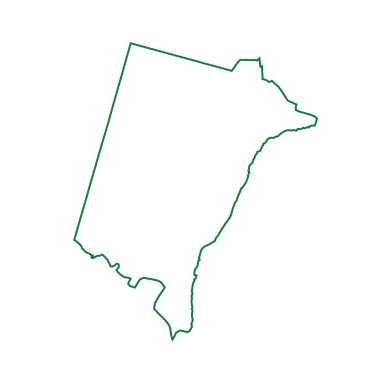 outline of Kombo East, West Coast, Gambia, rotated 106°
{"feature_id": "56634734B25207283407562", "entity_name": "Kombo East", "entity_type": "district", "adm_level": 2, "iso_a3": "GMB", "parent_name": "Gambia", "parent_adm1": "West Coast", "projection": "albers", "projection_center": [-16.509, 13.25], "detail": "fine", "context": "isolated", "style": "outline", "palette": "green", "viewbox_px": 384, "rotation_deg": 106, "n_neighbors": 0, "source": "geoboundaries", "source_scale": "gbopen_adm2", "svg_char_len": 3329}
<svg xmlns="http://www.w3.org/2000/svg" viewBox="0 0 384 384"><g transform="rotate(106 192 192)"><path d="M339.1,170.2L334.8,168.9L333.2,168.7L331.5,168.5L328.3,165.1L328.0,157.8L326.2,156.0L323.7,155.4L321.4,154.9L319.6,156.1L314.7,156.0L310.7,158.2L305.8,158.8L304.6,160.0L303.4,159.6L297.9,162.2L293.7,162.9L291.9,163.9L289.8,163.3L288.0,164.7L284.2,165.3L279.3,165.9L277.1,165.0L275.5,165.8L273.9,164.6L271.8,164.8L270.8,164.8L271.2,166.6L270.4,167.2L266.2,167.8L261.3,166.4L256.5,166.9L254.9,165.9L254.0,167.1L244.9,167.1L243.3,166.4L241.1,165.0L237.7,161.2L232.7,156.5L230.0,156.4L226.7,155.0L223.9,154.4L213.0,151.1L212.6,150.9L211.0,150.3L205.9,148.6L203.1,148.2L195.8,148.2L194.2,148.0L190.2,147.7L188.0,146.7L185.3,146.7L183.7,146.7L178.7,145.9L177.1,145.9L174.8,145.6L174.4,145.0L172.8,144.4L167.4,142.6L165.8,142.6L163.7,142.4L161.3,142.3L161.1,142.7L159.4,142.6L158.0,142.4L157.0,142.4L156.8,143.2L155.5,143.8L155.1,143.6L153.5,143.6L151.7,144.2L149.7,143.4L147.9,142.2L146.9,142.0L146.1,142.0L145.4,142.1L144.6,142.1L142.0,141.3L139.8,141.3L136.8,140.3L136.0,140.3L135.4,140.3L134.6,139.1L133.6,137.7L129.5,137.2L127.1,136.6L125.9,136.8L125.3,135.8L124.3,135.0L122.9,134.4L121.9,134.2L121.4,134.1L120.4,133.8L119.4,133.2L117.8,130.3L117.6,128.7L115.8,126.7L114.6,124.7L112.8,123.7L111.2,122.7L109.8,121.4L107.6,119.2L106.6,117.7L106.1,116.5L105.3,112.5L104.3,111.3L104.3,108.5L102.1,107.6L101.9,105.6L101.1,104.2L99.7,103.0L99.7,101.2L97.5,98.4L97.7,97.2L96.3,96.8L95.1,95.1L94.3,92.3L93.0,92.2L86.9,92.0L85.6,94.9L85.3,97.0L85.0,98.5L85.1,109.5L85.1,110.5L84.7,114.6L82.0,115.7L79.1,115.6L77.8,124.9L77.7,125.1L69.0,135.3L68.1,136.6L67.0,137.7L66.3,139.4L65.8,140.4L64.9,142.5L63.1,145.9L65.1,148.0L64.2,150.7L64.1,151.0L64.0,151.6L63.9,152.3L63.9,152.7L63.9,153.4L63.9,154.1L63.8,155.6L63.0,155.5L61.2,156.1L59.1,156.9L58.1,157.3L56.1,158.0L55.6,158.1L51.8,159.3L52.8,160.7L49.5,162.2L47.4,163.0L46.3,163.4L44.9,164.1L47.0,165.2L47.8,165.9L47.9,167.0L47.7,167.0L48.6,170.6L48.8,170.9L49.8,174.7L50.3,176.7L51.1,180.0L51.5,181.5L51.7,182.0L52.3,182.2L52.9,182.7L53.3,182.9L53.7,183.1L55.2,183.8L56.4,184.3L56.9,184.5L57.2,184.7L58.0,185.1L58.6,185.1L59.2,185.2L59.9,185.5L60.2,185.6L60.8,185.7L61.6,186.0L63.6,187.0L64.6,187.2L64.8,206.5L65.0,217.0L65.0,218.2L65.0,223.3L65.1,228.6L65.2,236.4L65.3,241.8L65.4,249.7L65.5,262.4L65.6,268.5L65.7,273.4L65.8,282.1L65.9,291.4L65.9,291.9L84.5,291.9L96.2,291.8L111.6,291.8L137.6,291.7L145.5,291.6L157.2,291.7L181.8,291.9L197.1,291.9L211.6,292.0L227.4,291.9L249.2,292.0L270.7,292.0L271.4,289.0L272.8,286.4L274.3,283.6L276.3,282.4L277.9,279.2L278.6,278.5L278.9,278.2L279.3,275.6L279.8,272.6L280.8,271.4L280.2,270.4L281.0,269.4L282.8,270.4L282.8,270.1L282.8,269.0L281.6,267.4L280.0,266.2L279.4,265.0L278.4,262.5L277.0,261.5L277.2,260.1L278.5,257.9L279.0,257.0L280.3,254.9L283.7,251.5L285.8,249.9L285.8,248.1L283.8,246.1L281.8,244.9L281.6,243.1L282.6,242.1L284.4,241.7L287.8,243.1L289.5,241.1L291.3,237.5L292.5,233.7L292.0,229.9L292.2,227.1L295.0,227.7L297.8,228.1L299.5,225.7L299.5,222.9L299.5,220.5L295.7,219.5L290.4,218.0L287.8,214.8L287.4,210.6L286.9,205.8L286.5,200.7L287.3,196.9L291.2,191.9L294.7,192.9L301.2,195.1L309.4,197.0L314.7,196.2L318.0,190.8L322.5,182.6L325.3,178.6L328.4,175.6L335.3,172.6L339.1,170.2Z" fill="none" stroke="#15803d" stroke-width="2"/></g></svg>